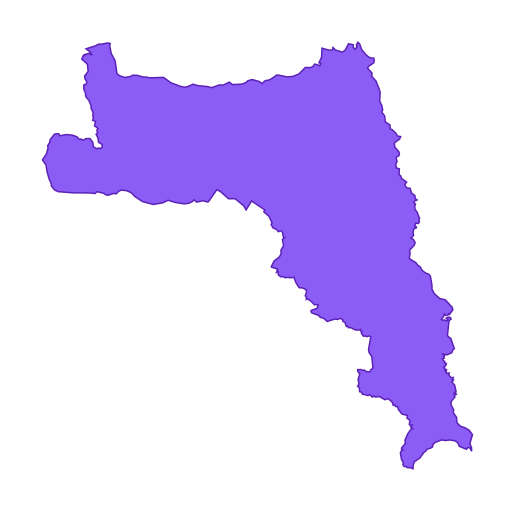 PUI, Hunedoara, Romania, rotated 88°
{"feature_id": "2599482B55775977507449", "entity_name": "PUI", "entity_type": "district", "adm_level": 2, "iso_a3": "ROU", "parent_name": "Romania", "parent_adm1": "Hunedoara", "projection": "mercator", "projection_center": [23.151, 45.49], "detail": "fine", "context": "isolated", "style": "filled", "palette": "violet", "viewbox_px": 512, "rotation_deg": 88, "n_neighbors": 0, "source": "geoboundaries", "source_scale": "gbopen_adm2", "svg_char_len": 5916}
<svg xmlns="http://www.w3.org/2000/svg" viewBox="0 0 512 512"><g transform="rotate(88 256 256)"><path d="M62.3,131.4L62.3,133.5L61.2,136.3L58.9,138.9L53.4,143.2L47.7,145.0L45.9,146.7L48.6,148.4L50.1,147.7L53.0,149.7L50.8,151.6L48.3,151.4L47.1,156.1L53.5,159.8L55.2,162.5L53.0,169.3L50.3,171.7L52.5,172.3L52.9,173.2L52.7,176.2L50.6,182.8L59.6,183.5L65.1,186.4L65.6,184.5L68.0,185.5L66.2,190.5L68.8,192.8L69.6,195.1L69.3,200.1L75.6,206.8L77.8,212.8L78.1,218.7L75.9,227.5L76.0,229.1L79.6,234.7L80.9,237.9L80.8,239.6L81.5,241.4L83.9,243.7L81.6,247.0L79.5,253.7L80.6,258.0L82.3,260.1L83.7,263.9L83.9,273.3L81.3,276.8L83.6,281.6L84.1,283.3L83.7,286.4L86.2,294.4L84.9,299.1L83.7,308.2L82.1,312.9L84.5,318.7L84.8,321.8L83.9,325.3L79.9,335.0L74.3,342.2L74.2,356.6L73.4,358.7L73.2,362.6L71.3,368.4L71.0,372.7L72.3,375.5L73.0,380.8L71.2,385.9L68.9,388.6L55.9,390.0L48.6,393.6L40.5,394.9L38.5,394.3L37.9,396.9L39.0,403.4L38.7,405.4L40.4,409.3L43.0,418.6L46.4,414.6L49.7,412.8L47.6,415.8L48.7,419.9L49.5,420.2L49.0,420.8L49.6,421.6L53.1,423.3L58.4,417.8L64.3,417.4L66.0,417.5L70.1,421.0L73.0,420.7L76.0,419.0L78.4,419.8L78.8,421.8L79.4,422.2L83.6,422.2L86.6,420.9L90.8,420.5L94.7,417.6L100.0,415.6L102.5,415.7L107.1,413.8L110.4,414.3L111.4,413.5L114.7,414.5L115.9,411.7L120.3,412.9L123.0,409.5L125.0,410.7L127.5,410.0L128.8,411.6L132.2,409.9L137.0,409.3L138.4,406.9L140.1,405.7L141.8,406.0L143.0,407.6L142.7,409.5L143.2,411.4L141.3,414.6L136.5,415.2L132.8,417.9L132.7,421.7L134.3,424.6L133.1,426.5L132.9,428.9L130.6,430.8L128.8,435.3L128.0,441.6L129.0,447.6L126.9,449.0L127.0,451.7L127.2,453.1L132.4,457.6L135.3,458.2L138.6,460.4L140.8,460.0L146.9,462.0L152.5,466.1L157.6,462.7L164.3,461.9L172.0,460.0L176.8,458.0L178.8,458.1L182.9,455.1L184.8,451.4L186.5,436.6L187.1,421.1L187.9,414.6L186.2,412.7L188.0,406.0L189.6,404.1L190.1,401.6L188.5,396.1L189.0,393.6L186.2,390.5L185.4,387.6L186.4,382.5L188.5,378.3L192.2,375.1L197.6,367.7L200.9,356.8L199.6,347.3L197.2,342.0L199.7,334.7L201.4,325.8L200.9,321.2L199.3,317.6L197.7,315.8L200.1,313.4L198.9,307.1L200.3,302.9L200.1,301.6L188.3,292.8L190.6,289.0L197.8,281.5L198.0,274.9L205.2,266.7L209.6,264.3L200.9,258.5L210.3,245.5L212.1,246.7L216.8,241.6L223.6,238.8L224.9,239.8L228.5,238.1L230.0,234.8L232.5,232.8L231.7,230.7L232.2,229.5L233.6,228.6L237.8,228.1L238.4,226.7L240.4,229.0L246.6,228.1L250.9,230.8L254.8,230.9L258.0,232.9L261.6,238.1L267.2,241.1L267.8,240.7L269.8,234.9L273.0,236.0L272.3,234.5L275.7,234.3L277.8,231.7L277.5,229.9L278.7,227.5L278.4,224.1L279.0,222.8L278.7,218.8L284.1,217.0L288.6,214.4L289.4,213.5L289.3,211.5L290.2,209.2L291.8,206.9L294.2,206.9L297.5,208.2L298.9,207.1L301.0,207.2L300.5,206.5L302.8,202.9L306.9,199.1L306.6,197.6L307.1,195.6L310.4,196.8L312.3,202.7L313.6,203.0L314.8,202.2L317.6,195.4L319.6,193.9L320.5,190.7L323.9,187.1L321.8,179.5L322.2,176.7L321.3,173.8L322.7,171.5L324.0,171.7L325.7,169.4L329.5,168.2L329.2,167.0L330.9,166.1L330.9,163.7L333.4,159.2L333.6,155.5L332.9,154.3L335.0,153.6L335.1,152.8L336.7,153.5L339.9,151.5L339.8,149.5L340.5,147.9L339.8,146.4L340.6,144.1L353.4,146.8L356.5,146.3L360.6,143.8L371.9,143.0L374.0,145.5L375.4,145.9L375.7,147.0L375.2,150.2L373.7,151.8L374.1,153.9L373.1,155.0L373.1,158.4L374.9,158.3L377.5,156.4L382.8,158.2L387.4,157.7L389.9,159.0L390.9,157.3L395.2,157.2L395.9,155.1L398.0,154.5L398.2,152.1L399.4,149.1L398.6,147.2L401.1,144.6L400.0,142.9L401.1,141.6L400.8,137.5L404.1,132.2L403.2,128.8L406.7,125.1L410.0,124.0L409.9,122.6L411.3,121.7L411.5,119.7L414.3,119.1L419.0,115.7L420.6,110.3L423.3,110.8L425.6,107.9L429.7,108.7L430.7,107.6L430.4,106.0L432.4,107.3L434.2,105.6L434.4,107.0L438.6,110.3L445.2,113.6L448.4,113.2L453.1,117.3L454.0,117.3L454.9,115.9L456.0,117.7L458.0,118.6L464.8,117.6L467.6,115.9L469.3,116.5L471.1,115.7L471.7,115.0L471.6,113.2L472.8,112.2L472.9,109.3L474.1,106.5L470.4,106.2L467.1,104.8L463.6,99.3L458.1,95.0L456.8,92.9L455.0,91.9L454.2,88.4L453.1,86.4L450.4,85.6L448.7,83.7L446.3,77.0L447.0,73.0L446.6,68.6L447.7,63.4L450.0,60.7L453.3,59.5L456.5,52.4L454.8,51.1L455.1,49.0L458.7,47.3L455.0,47.3L451.0,48.8L442.1,45.9L437.4,49.2L434.8,53.4L433.3,57.5L429.7,61.0L424.2,61.2L419.6,64.2L416.4,63.9L411.0,66.5L407.8,65.7L403.8,62.1L402.2,62.6L401.1,60.6L400.3,61.4L401.0,62.7L399.1,62.4L399.6,61.2L398.5,60.8L392.0,62.0L388.8,64.7L388.3,63.7L386.8,64.1L386.5,62.3L386.0,63.8L384.3,63.2L384.6,64.2L384.1,65.4L381.7,67.5L379.7,66.9L379.9,69.6L379.0,70.1L377.6,69.7L377.3,70.9L376.2,69.7L375.1,71.8L373.9,71.4L373.3,72.0L372.1,70.2L370.1,69.5L370.0,70.9L367.9,71.1L367.7,71.9L365.3,73.2L364.6,71.4L363.1,72.0L362.6,71.2L361.5,71.2L360.1,73.7L361.3,70.2L361.3,68.2L359.5,63.7L356.5,62.4L355.6,61.0L345.4,64.1L343.0,66.9L341.7,67.4L328.9,65.6L326.9,65.0L326.1,63.3L324.8,63.5L324.2,63.9L323.8,66.2L324.8,68.2L326.4,66.4L327.7,67.6L326.4,69.9L326.8,71.7L325.8,73.0L323.2,70.7L320.5,69.8L322.1,68.3L321.5,66.1L320.3,65.3L321.2,64.7L316.8,61.2L314.3,61.6L306.4,68.3L304.9,73.9L299.9,79.1L295.0,81.4L292.0,81.1L282.3,82.4L280.2,84.0L278.8,87.3L276.1,90.5L272.2,92.6L270.9,94.6L268.2,96.5L264.4,102.2L263.1,102.8L258.8,101.9L255.6,102.3L250.5,97.3L248.1,96.5L245.0,98.1L243.6,100.5L241.0,97.8L237.8,98.2L234.9,97.5L234.1,96.8L233.5,94.9L232.5,94.7L231.8,96.3L228.9,95.3L229.1,92.5L227.4,91.5L226.3,92.1L224.2,91.2L217.9,93.4L215.1,95.4L212.1,95.7L209.8,94.8L207.9,96.4L206.7,95.7L205.6,93.1L204.9,94.3L203.1,95.1L201.4,94.9L198.3,98.5L193.7,99.6L193.3,102.7L191.3,104.3L189.8,104.8L187.4,102.9L183.6,107.8L181.1,108.6L179.4,110.2L173.9,109.7L172.9,112.6L169.3,113.2L166.8,111.8L162.3,112.6L160.7,109.6L159.1,109.1L157.0,109.5L151.9,113.5L148.4,113.8L147.5,113.4L144.2,108.4L141.7,107.3L141.0,110.4L138.0,112.1L134.5,115.5L133.6,117.5L129.8,117.5L126.4,122.1L120.3,122.6L116.9,125.1L114.2,124.3L109.6,125.1L105.7,127.0L96.7,126.2L92.8,127.3L85.3,130.0L80.5,134.0L77.2,133.7L72.2,137.9L70.5,137.0L67.1,131.6L65.0,131.0L62.3,131.4Z" fill="#8b5cf6" stroke="#5b21b6" stroke-width="1.5"/></g></svg>